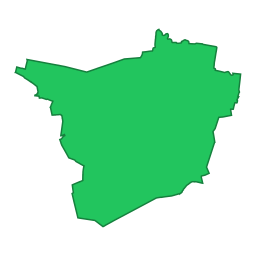 outline of Roosendaal, Noord-Brabant, Netherlands
{"feature_id": "6326949B28559348449199", "entity_name": "Roosendaal", "entity_type": "district", "adm_level": 2, "iso_a3": "NLD", "parent_name": "Netherlands", "parent_adm1": "Noord-Brabant", "projection": "orthographic", "projection_center": [4.432, 51.51], "detail": "fine", "context": "isolated", "style": "filled", "palette": "green", "viewbox_px": 256, "rotation_deg": 0, "n_neighbors": 0, "source": "geoboundaries", "source_scale": "gbopen_adm2", "svg_char_len": 5083}
<svg xmlns="http://www.w3.org/2000/svg" viewBox="0 0 256 256"><path d="M77.9,217.8L78.3,217.9L79.4,218.1L94.7,220.4L95.0,220.5L103.0,226.6L104.1,226.1L105.7,225.1L114.4,220.3L155.7,198.3L156.6,197.9L160.4,197.3L160.9,197.3L161.4,197.3L164.7,196.8L169.4,196.2L171.8,195.9L172.7,195.6L173.2,195.5L177.7,194.2L179.7,193.6L179.8,193.9L180.0,193.7L180.3,193.4L181.1,193.0L181.4,192.5L181.6,192.5L181.9,192.2L182.0,192.1L182.0,191.9L182.3,191.4L182.4,190.9L182.5,190.6L182.9,190.3L183.2,190.0L183.4,189.8L183.5,189.3L183.5,189.2L183.8,188.7L184.2,188.4L184.3,188.3L184.5,188.1L185.3,187.0L185.6,186.8L185.8,186.5L186.1,186.0L186.7,185.4L187.0,185.1L188.4,184.2L188.7,183.9L188.9,183.8L189.6,183.2L190.3,182.7L190.6,182.6L190.9,182.4L191.1,182.2L191.5,181.9L191.8,181.8L192.1,181.7L192.3,181.7L192.7,181.7L192.8,181.7L193.6,181.7L194.4,181.7L194.6,181.7L194.8,181.7L194.9,181.8L195.0,181.7L195.9,181.7L197.7,182.1L202.0,183.1L202.7,183.2L201.4,177.7L201.3,177.3L201.4,176.1L202.2,175.8L204.9,175.2L209.1,173.3L207.3,169.0L206.5,167.1L214.5,142.5L214.6,142.3L214.6,142.2L214.8,142.2L213.3,133.0L213.2,133.0L213.0,131.6L213.1,131.4L215.0,128.8L215.2,128.4L218.8,117.3L222.8,117.0L231.5,115.3L230.6,109.4L230.6,109.2L230.8,109.1L233.1,109.3L233.3,109.2L233.4,108.6L233.9,106.3L234.8,103.0L234.9,102.8L235.1,102.7L235.5,102.7L236.6,102.9L236.8,102.9L237.0,102.8L237.1,102.5L237.5,100.9L237.5,100.7L237.4,100.4L236.9,100.1L236.9,99.9L238.6,96.8L237.8,96.8L237.9,96.5L238.9,92.9L239.1,92.6L239.4,92.3L239.4,92.2L239.4,91.9L239.2,91.2L238.8,89.9L240.0,79.8L240.6,74.1L232.9,73.3L233.2,74.2L233.2,74.6L233.0,74.8L232.0,75.2L231.5,75.2L231.3,75.1L230.8,74.8L228.6,71.9L228.3,71.7L228.0,71.6L227.8,71.6L226.2,72.0L224.6,72.5L224.9,72.6L221.1,71.6L218.1,70.9L215.3,70.3L215.4,69.5L215.4,69.3L215.3,68.9L215.2,68.8L215.0,68.6L214.8,68.5L214.5,68.4L214.3,68.4L214.1,68.3L213.9,68.1L213.9,67.8L213.9,66.8L214.1,65.7L214.4,61.9L214.5,61.6L214.8,60.0L215.9,53.1L216.5,49.8L216.5,49.6L216.8,47.8L216.8,47.6L216.7,47.5L216.6,47.1L216.2,46.8L215.4,46.6L203.1,44.4L202.9,44.3L202.6,44.0L202.5,43.9L201.5,43.8L196.7,43.3L196.3,43.3L196.0,43.4L195.8,43.5L195.3,43.8L195.1,43.9L194.7,43.9L191.7,43.8L189.4,43.6L189.0,43.6L188.9,42.9L188.8,42.1L188.7,41.7L188.5,41.4L188.4,41.2L187.7,40.8L187.0,40.5L185.8,40.2L185.2,39.8L184.9,39.8L184.7,39.9L183.3,40.5L183.0,40.8L182.6,41.1L182.4,41.3L181.6,41.4L181.5,41.5L181.5,42.1L181.5,42.4L181.4,42.5L181.2,42.7L180.8,42.9L180.8,43.0L178.6,43.3L176.7,43.2L176.2,42.5L172.3,42.5L171.9,42.0L171.9,41.7L171.8,41.2L171.7,40.9L171.6,40.3L171.5,40.1L171.2,39.7L170.5,39.2L169.8,38.9L169.6,38.9L168.8,39.1L168.5,39.1L167.7,39.0L167.6,38.9L167.5,38.7L167.5,38.4L167.6,38.1L167.9,37.5L168.2,36.8L168.3,36.6L168.3,35.9L168.3,35.4L168.3,35.0L168.2,34.7L168.1,34.4L167.8,33.9L167.6,33.7L167.2,33.6L166.4,33.8L166.1,33.9L165.8,34.0L165.5,34.4L165.0,34.9L164.5,35.3L164.2,35.3L163.8,35.4L163.3,35.4L162.9,35.3L162.7,35.1L162.2,34.8L162.3,33.9L162.3,33.7L162.2,33.5L162.0,33.0L161.0,31.6L160.9,31.4L160.6,31.2L159.6,30.5L159.3,30.2L159.1,30.0L158.9,29.4L158.4,29.6L158.1,29.7L157.7,30.0L157.3,30.4L157.0,30.6L156.8,30.7L156.7,30.9L156.5,31.2L156.3,31.7L156.1,32.4L156.0,32.9L156.0,34.6L155.9,35.0L155.9,35.4L155.7,36.4L155.6,37.0L155.7,37.9L155.4,39.4L155.4,39.9L155.3,40.7L155.3,40.9L155.0,44.1L155.0,44.7L155.0,45.1L155.1,46.2L155.2,46.6L155.2,47.1L155.1,47.4L154.8,47.5L154.3,47.7L153.9,47.8L153.3,48.0L153.2,48.1L153.1,48.3L152.6,50.7L152.3,51.0L151.7,51.0L148.9,51.3L148.4,51.4L146.9,51.6L145.5,51.8L143.4,52.0L142.6,52.1L142.5,53.0L142.4,53.9L142.1,54.7L141.7,55.6L141.2,56.5L140.4,57.7L124.3,59.0L113.7,62.8L104.1,66.1L97.0,68.5L96.4,68.8L96.0,68.9L86.7,72.1L74.5,69.0L65.0,66.6L27.0,59.5L27.2,60.2L27.2,60.3L27.2,60.8L27.2,61.1L26.0,65.9L25.3,69.1L25.1,69.1L21.9,68.2L21.4,68.3L21.2,68.3L16.8,67.0L15.6,72.0L15.4,72.4L15.5,72.4L23.5,76.5L24.6,77.9L27.4,79.6L30.2,81.5L30.3,81.5L30.5,81.6L30.8,81.7L30.7,81.9L32.5,83.0L34.6,84.6L35.5,85.4L35.9,85.7L37.0,86.4L38.1,92.1L37.3,93.4L37.8,93.7L37.8,93.8L35.5,95.0L35.0,95.1L34.9,95.7L39.0,96.2L39.4,98.0L39.6,97.9L40.0,98.0L41.9,97.9L45.8,99.2L46.3,99.4L46.6,99.4L47.2,99.2L47.4,99.1L51.2,100.7L52.8,101.1L52.8,101.4L52.8,101.5L51.8,103.7L51.2,105.1L51.1,105.5L51.0,105.9L50.3,107.3L50.5,107.4L50.6,108.1L52.1,115.1L54.4,115.0L55.0,115.0L55.0,114.9L55.7,114.9L56.2,114.8L58.4,114.7L58.5,114.7L58.9,114.6L60.4,114.5L60.5,114.6L61.2,115.2L61.3,115.1L61.9,115.7L62.2,117.3L62.2,117.9L62.3,117.9L62.8,121.4L61.8,128.8L60.8,135.8L61.2,135.8L61.8,135.6L64.4,134.5L64.8,135.6L63.6,136.2L63.3,136.4L63.0,136.8L61.5,138.9L59.8,139.5L60.5,141.5L60.9,142.5L61.0,143.2L61.7,144.9L61.9,145.4L63.7,148.6L65.7,152.1L68.5,157.2L68.7,157.7L69.0,157.9L71.1,158.7L74.5,159.9L74.8,160.1L75.9,161.4L76.5,161.8L79.1,163.2L79.6,163.5L80.8,164.2L83.2,165.5L84.0,165.9L83.8,166.6L83.4,168.8L83.0,172.0L83.0,172.3L83.0,174.5L82.9,174.5L82.8,180.3L82.8,180.5L79.3,182.0L79.3,181.9L74.3,184.0L72.3,184.9L72.5,185.8L72.4,185.8L72.6,187.3L72.9,189.5L73.4,192.7L72.1,193.5L73.9,201.3L77.9,217.7L77.9,217.8Z" fill="#22c55e" stroke="#15803d" stroke-width="1.5"/></svg>